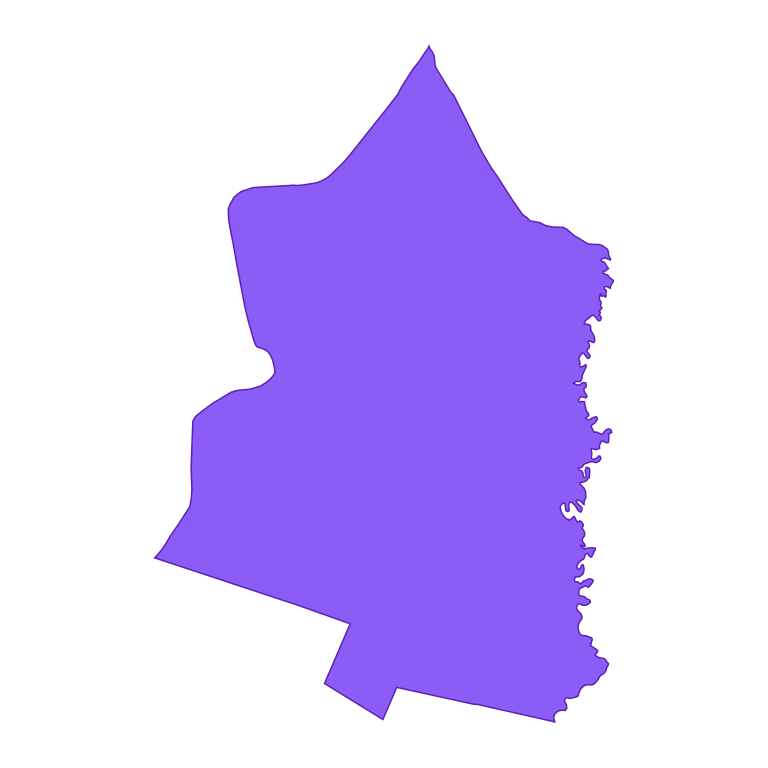 the district of Phnum Srok, Bântéay Méanchey, Cambodia
{"feature_id": "14789045B65441880035509", "entity_name": "Phnum Srok", "entity_type": "district", "adm_level": 2, "iso_a3": "KHM", "parent_name": "Cambodia", "parent_adm1": "Bântéay Méanchey", "projection": "robinson", "projection_center": [103.399, 13.843], "detail": "fine", "context": "isolated", "style": "filled", "palette": "violet", "viewbox_px": 768, "rotation_deg": 0, "n_neighbors": 0, "source": "geoboundaries", "source_scale": "gbopen_adm2", "svg_char_len": 6117}
<svg xmlns="http://www.w3.org/2000/svg" viewBox="0 0 768 768"><path d="M608.5,252.6L607.6,249.5L601.9,245.3L599.4,244.6L591.4,244.3L587.8,243.8L574.3,235.7L566.6,229.1L563.1,227.4L553.3,227.0L549.4,226.4L544.8,225.2L539.8,222.6L530.0,220.9L527.2,217.8L522.5,214.5L513.0,200.9L496.6,175.4L491.7,168.5L482.1,152.4L453.6,94.9L451.2,92.8L436.1,68.1L435.1,65.2L434.2,55.9L432.4,52.1L429.8,48.4L429.0,46.1L427.5,49.2L424.8,52.7L419.7,60.7L413.2,68.8L409.5,74.4L400.7,88.5L398.0,94.1L384.7,111.2L347.5,157.9L342.3,163.6L330.5,175.0L326.4,178.4L320.6,181.4L316.7,182.8L303.8,184.9L297.1,185.5L293.7,185.2L253.1,187.6L241.0,191.6L234.1,197.1L229.7,205.1L228.3,209.0L228.6,218.5L229.6,225.7L233.6,246.0L236.5,262.8L244.6,305.4L248.1,320.4L253.7,340.0L255.7,345.2L257.3,347.0L264.3,349.2L268.1,351.9L270.4,355.2L272.7,360.3L274.5,367.8L274.9,373.3L271.4,377.9L266.7,382.1L260.7,386.0L249.9,389.2L238.2,390.3L234.2,391.2L230.6,392.5L212.4,403.5L201.8,411.3L195.3,416.7L192.8,421.4L191.1,467.9L191.9,489.2L191.3,498.6L189.7,506.8L179.1,523.3L170.2,536.2L166.2,543.1L161.2,550.5L154.7,557.9L296.9,604.9L350.2,623.8L324.5,683.5L382.9,719.5L396.7,687.4L474.5,704.4L476.9,704.3L554.8,721.9L553.8,718.6L553.8,716.9L554.7,714.0L557.8,711.2L561.0,710.3L565.4,710.4L566.8,708.3L566.5,705.2L566.0,703.8L565.0,702.5L564.6,700.8L564.8,699.1L566.0,697.9L568.1,697.8L569.6,698.5L576.0,697.1L578.1,695.8L579.7,690.8L580.9,688.7L583.5,686.3L584.8,685.4L586.8,684.9L592.9,684.7L595.3,682.9L597.9,679.8L600.0,676.0L604.5,672.8L605.4,671.6L606.0,670.5L606.7,667.7L608.3,664.9L608.5,663.4L607.3,662.4L605.3,659.5L604.4,658.7L598.9,657.6L595.8,655.8L595.0,654.9L597.7,651.7L597.5,650.4L596.3,649.3L590.9,645.9L590.6,644.7L591.2,643.6L592.1,640.0L592.1,638.7L591.5,637.8L586.0,635.8L581.8,635.4L580.6,634.7L579.4,632.7L578.2,629.4L578.0,626.4L578.9,623.2L581.9,618.4L582.1,617.0L580.9,613.8L577.4,610.2L576.7,608.8L576.5,607.7L577.3,605.2L578.3,604.1L579.3,603.7L582.9,605.3L585.6,605.3L588.8,603.8L590.3,602.3L590.2,601.0L589.4,599.9L586.4,598.6L584.3,596.7L582.3,596.1L580.4,596.1L579.3,595.2L578.6,593.4L579.0,590.4L580.2,587.8L581.4,588.0L584.4,586.1L585.3,585.8L588.3,587.3L590.6,585.0L592.8,581.8L593.2,580.5L592.1,579.5L590.2,578.9L588.5,579.0L584.9,580.8L583.5,581.0L581.5,583.5L579.9,583.8L579.1,582.7L578.3,582.2L577.1,581.7L575.8,581.9L574.6,581.1L574.2,579.8L575.0,577.9L575.7,576.8L579.7,576.7L582.8,574.0L583.7,571.9L584.0,568.6L583.3,565.0L581.8,564.9L580.3,568.3L579.0,569.2L578.0,569.3L577.4,568.5L576.8,566.1L578.1,563.4L579.7,561.9L580.3,560.6L583.5,559.3L584.9,556.4L585.1,554.7L586.2,553.6L587.1,553.5L588.4,554.5L588.8,555.5L591.0,557.2L592.1,556.1L593.5,553.1L593.9,551.6L595.2,549.7L595.4,548.2L594.1,547.8L587.0,548.1L584.3,548.8L581.1,546.4L580.8,545.4L581.8,545.3L584.8,546.5L585.2,545.5L584.3,543.7L583.4,543.0L582.1,540.4L582.3,539.0L584.5,535.7L584.7,533.2L584.2,531.5L582.1,528.0L583.3,525.4L583.0,524.1L581.3,521.6L579.7,520.9L578.9,521.7L577.6,521.9L576.2,520.4L574.3,516.5L572.9,517.2L570.9,519.3L569.1,520.1L568.1,519.4L567.1,519.2L564.0,516.6L562.7,514.7L560.9,511.0L560.8,509.4L560.2,508.2L560.2,506.7L560.6,505.7L561.7,504.4L563.7,502.7L564.6,503.5L565.1,504.4L565.8,510.5L567.2,511.5L568.1,511.5L569.0,510.8L569.2,509.7L568.9,507.1L568.5,505.9L568.8,504.5L569.3,502.7L570.2,501.9L572.5,502.9L574.7,505.1L576.1,506.9L578.2,510.8L580.5,512.1L581.3,511.4L582.1,509.1L581.9,507.6L577.9,503.8L576.1,501.1L577.2,499.7L578.4,500.1L581.6,502.0L583.2,504.1L584.1,504.4L584.1,501.4L584.6,500.0L585.9,497.9L585.5,491.4L584.1,488.3L580.0,483.9L580.1,482.5L582.3,482.4L586.1,481.0L588.4,478.2L589.3,477.5L589.8,470.6L589.1,468.0L586.4,467.4L585.1,470.4L586.3,475.6L585.7,477.1L584.0,477.5L583.1,476.7L583.1,474.0L582.8,472.8L581.6,470.9L579.6,470.3L578.8,469.5L578.3,468.0L579.6,467.6L581.0,467.8L582.2,466.9L584.1,464.1L589.6,462.1L591.9,461.6L596.3,462.6L599.5,461.0L601.0,458.2L599.8,456.0L598.6,456.1L598.0,457.0L595.8,458.6L592.7,459.5L591.7,458.8L591.4,457.3L591.8,453.9L591.2,449.5L591.4,448.4L596.1,449.7L599.6,448.4L599.4,445.7L600.4,443.0L601.8,441.0L603.0,441.1L604.2,441.9L607.0,442.8L608.5,442.3L608.8,439.0L608.7,434.6L609.1,433.5L610.5,433.2L611.8,432.3L610.6,429.5L608.4,428.9L606.0,429.8L602.6,433.8L600.9,434.1L597.4,432.3L596.1,432.1L594.5,432.3L593.6,431.4L591.2,426.7L591.5,425.4L594.5,423.2L597.0,420.1L597.5,418.4L596.4,416.8L595.0,416.9L592.0,418.1L589.6,419.7L588.6,419.9L587.1,419.4L585.6,418.4L586.5,417.2L587.8,416.5L588.7,415.4L588.5,413.4L587.1,412.2L586.2,410.3L584.3,401.7L580.7,401.5L579.8,402.1L578.8,401.4L578.6,399.9L579.9,397.8L581.1,396.5L582.8,397.1L584.5,397.1L585.4,397.9L586.6,397.4L586.9,396.1L583.8,390.3L584.0,388.9L586.0,386.8L586.3,385.5L586.1,384.0L585.7,383.0L584.6,382.6L583.2,382.6L582.0,383.1L579.2,385.3L578.2,384.9L576.8,385.1L576.1,384.4L573.6,383.3L574.5,382.0L576.0,381.5L580.2,381.6L581.5,380.1L582.0,378.1L582.0,376.7L583.2,373.1L586.1,366.9L586.2,365.5L585.6,364.7L583.5,366.1L581.0,367.1L579.6,365.8L580.1,363.2L579.1,359.6L579.0,358.4L579.6,356.9L581.9,353.3L583.7,353.3L587.6,358.3L589.2,358.1L589.9,356.9L590.1,355.7L586.5,350.6L589.0,348.1L589.6,346.2L589.1,344.2L588.1,342.1L589.0,340.8L593.6,342.6L594.7,341.1L594.5,337.6L593.4,334.7L590.8,330.2L590.6,326.2L589.8,325.1L587.9,324.3L584.3,324.0L584.5,322.6L585.2,321.2L586.8,319.5L589.9,317.2L591.0,316.0L592.4,315.2L594.2,315.8L595.0,316.5L598.2,320.7L599.5,320.8L600.3,320.3L601.4,317.4L600.1,315.8L599.1,315.2L600.4,312.5L599.0,310.9L599.9,310.5L601.3,308.9L601.8,307.4L600.7,306.6L600.4,305.3L601.0,304.2L601.0,301.8L599.4,299.8L599.6,295.9L600.3,294.2L601.2,294.1L600.8,295.7L602.2,296.2L603.2,295.5L605.7,297.1L606.2,295.9L605.9,294.4L605.9,292.3L606.4,291.0L605.7,289.9L604.5,289.5L604.5,287.2L605.1,286.4L607.0,286.6L610.2,288.3L610.4,286.8L611.7,283.7L613.1,282.1L613.3,280.4L609.6,277.7L608.4,276.4L607.9,275.1L604.9,274.2L603.6,272.9L603.1,271.7L603.6,270.9L605.1,271.1L608.5,268.5L606.5,265.8L604.9,262.8L603.5,261.8L601.7,261.3L601.0,260.4L601.5,258.9L604.1,258.2L605.6,258.1L610.3,260.0L610.5,258.7L609.4,257.0L608.7,255.2L608.5,252.6Z" fill="#8b5cf6" stroke="#5b21b6" stroke-width="1.5"/></svg>